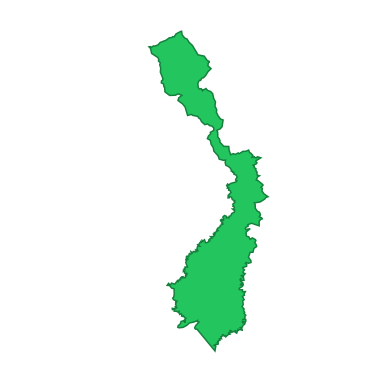 Simacota, Santander, Colombia (Mercator projection), rotated 226°
{"feature_id": "7082276B23546148362682", "entity_name": "Simacota", "entity_type": "district", "adm_level": 2, "iso_a3": "COL", "parent_name": "Colombia", "parent_adm1": "Santander", "projection": "mercator", "projection_center": [-73.674, 6.657], "detail": "fine", "context": "isolated", "style": "filled", "palette": "green", "viewbox_px": 384, "rotation_deg": 226, "n_neighbors": 0, "source": "geoboundaries", "source_scale": "gbopen_adm2", "svg_char_len": 6037}
<svg xmlns="http://www.w3.org/2000/svg" viewBox="0 0 384 384"><g transform="rotate(226 192 192)"><path d="M61.7,98.1L64.7,102.2L66.4,101.4L65.9,103.3L64.4,104.9L65.0,105.9L66.1,105.6L66.7,106.7L66.0,107.2L66.5,108.1L66.0,109.2L67.4,109.8L65.9,111.3L67.8,112.2L67.3,113.4L68.1,114.9L67.4,115.5L65.9,115.0L65.3,116.3L64.3,115.8L64.4,118.6L63.3,120.8L64.5,120.9L65.5,119.9L64.4,122.4L65.7,122.7L65.9,123.4L64.3,123.9L63.4,123.2L61.7,127.6L61.6,125.6L59.4,126.1L61.2,129.7L60.1,129.6L60.2,130.7L57.7,132.1L58.4,132.8L60.9,132.6L59.8,134.4L60.7,136.1L60.3,137.9L60.9,139.1L62.8,137.6L63.8,138.1L63.8,139.0L61.6,139.4L61.7,141.1L63.0,142.1L64.7,140.6L64.5,142.5L65.8,143.7L66.0,145.1L68.6,145.2L68.8,146.3L71.1,146.9L71.6,148.2L74.7,148.3L75.4,150.7L78.6,152.9L78.3,154.7L81.9,155.8L81.3,158.0L82.5,158.6L83.3,161.2L85.2,159.1L86.6,160.4L88.5,158.4L89.3,158.4L89.9,159.0L89.1,162.5L89.6,164.4L90.8,165.1L90.7,163.0L91.5,162.4L92.1,165.2L94.6,165.2L95.8,165.9L95.8,166.9L93.7,166.2L92.3,168.0L94.3,169.4L97.6,169.5L97.1,170.3L95.4,170.2L96.2,171.3L96.3,173.5L98.5,172.7L99.4,173.7L99.5,175.7L101.9,175.6L102.4,176.1L100.6,179.6L101.7,180.9L103.5,180.8L103.7,181.9L101.6,183.0L100.3,185.5L101.7,186.7L105.9,187.3L108.2,192.0L106.3,194.0L108.4,197.3L107.9,200.6L108.9,201.4L112.1,202.1L112.6,204.1L113.6,204.6L117.1,203.5L117.5,201.0L120.5,201.7L121.8,200.7L123.0,200.8L125.6,203.1L125.2,208.4L127.5,204.7L128.6,204.9L129.2,206.2L128.4,208.7L129.7,209.4L128.2,213.1L121.0,216.8L124.1,219.8L124.6,221.9L123.9,223.9L125.1,224.2L127.4,223.1L128.0,225.4L130.5,226.5L132.6,225.7L136.3,226.2L139.0,228.7L140.9,229.2L137.5,234.1L136.4,239.3L136.7,241.4L135.8,243.4L140.8,242.5L144.3,243.1L145.7,245.1L147.5,244.9L147.4,247.5L148.0,248.1L154.9,247.3L155.9,246.5L157.3,249.5L156.8,251.8L158.7,250.7L161.0,252.0L161.0,252.6L163.5,253.0L164.3,254.2L166.4,253.7L167.4,254.8L168.8,254.6L167.5,258.2L168.0,259.1L169.5,259.0L170.0,259.8L168.8,265.2L171.9,263.6L172.0,261.9L173.2,261.1L174.0,261.4L175.2,259.3L176.0,261.2L179.2,261.3L180.2,260.8L182.8,261.9L183.9,259.0L185.9,256.8L186.7,252.6L188.0,252.4L189.0,249.3L190.9,248.3L192.0,245.7L196.5,247.9L199.2,250.1L202.8,246.6L208.7,246.7L209.3,247.7L211.4,248.6L213.6,248.7L217.0,251.9L219.1,252.6L217.8,256.3L218.1,259.0L222.2,264.4L224.6,263.2L228.7,263.7L232.3,264.9L234.1,267.0L237.8,268.1L240.5,271.5L244.2,272.6L248.4,275.2L251.4,275.2L254.2,273.8L256.8,273.9L257.2,271.7L257.9,271.1L257.5,269.9L259.9,270.4L261.0,268.9L262.8,269.1L265.9,271.5L266.9,273.5L267.1,275.1L266.3,275.7L267.1,278.2L266.2,279.6L266.3,282.7L267.4,287.0L267.5,291.4L271.7,291.1L273.5,293.3L273.4,294.6L274.0,295.1L276.1,294.3L281.2,295.2L286.5,291.6L297.1,294.1L301.9,293.9L305.5,294.7L307.9,293.7L312.0,294.1L314.8,296.2L315.3,295.6L316.8,290.4L316.0,286.9L317.2,286.0L317.1,284.9L318.7,282.7L319.2,278.8L321.7,272.9L321.4,269.9L322.7,266.7L323.8,265.8L324.4,263.2L325.6,263.0L326.3,261.9L324.1,261.9L319.7,259.2L312.4,260.9L310.3,260.0L309.4,258.8L307.0,259.0L305.9,257.1L303.0,255.7L300.2,252.5L293.9,249.9L292.9,248.7L293.1,247.3L291.8,245.7L289.6,246.6L287.2,244.9L286.4,245.1L282.8,242.1L277.0,243.0L273.2,247.2L272.1,250.3L268.6,251.9L268.9,247.8L267.6,245.5L261.8,246.4L258.0,246.1L250.1,242.0L248.2,245.5L246.7,245.7L242.3,248.7L240.7,248.2L238.6,248.6L236.0,247.7L231.5,248.0L230.2,250.5L227.5,250.8L225.4,252.2L222.9,252.1L221.2,250.4L222.2,246.6L220.9,245.7L220.9,242.9L219.7,240.1L216.5,241.1L212.9,238.8L209.1,238.1L206.2,236.1L200.0,235.9L196.7,234.4L192.8,236.7L191.7,238.3L189.9,236.1L187.6,234.9L185.2,235.9L182.5,236.1L180.4,235.6L179.8,234.8L179.3,235.3L178.0,234.9L177.5,235.8L176.5,235.5L175.9,234.5L173.3,235.5L171.2,234.8L170.8,232.2L169.9,231.6L168.9,232.0L168.8,230.4L171.4,225.5L171.4,223.5L172.7,223.2L172.1,222.7L172.8,222.4L172.5,221.3L170.9,221.2L170.2,220.1L169.4,221.3L167.8,219.6L166.8,220.4L164.6,219.8L164.5,215.8L162.8,213.8L162.0,214.6L162.5,216.1L161.7,216.5L160.5,216.7L158.5,215.7L156.0,216.7L155.8,215.6L154.9,215.7L154.6,215.0L154.9,212.9L153.9,212.8L153.4,211.5L152.2,212.1L151.3,211.6L151.0,210.0L151.6,209.3L150.3,209.4L149.6,210.3L148.1,208.5L148.9,205.7L148.0,203.2L148.7,202.0L147.7,200.5L148.7,200.4L149.4,198.8L150.6,199.9L152.5,199.1L152.7,197.4L152.4,196.6L150.8,196.4L150.9,195.4L149.9,195.1L150.4,194.1L151.8,194.2L152.0,193.0L150.7,192.5L148.9,192.8L148.9,191.7L147.4,192.1L148.3,189.2L147.5,188.5L148.1,185.2L147.7,184.0L146.1,183.9L146.5,183.0L147.3,183.6L146.4,180.7L147.2,179.9L146.0,179.3L147.0,178.3L146.3,177.8L145.3,178.2L144.9,176.5L147.0,174.4L145.0,174.3L145.9,172.3L144.7,171.0L145.7,170.8L144.7,169.5L145.2,167.6L146.1,166.5L149.0,167.8L149.1,166.1L150.1,165.7L149.1,165.1L150.4,164.0L149.4,163.4L150.1,162.5L149.5,160.9L150.1,159.6L147.6,159.9L149.1,158.4L147.8,156.2L145.9,155.5L147.7,154.5L145.9,153.9L147.0,152.7L146.1,152.6L147.4,152.5L148.3,151.6L147.8,150.2L149.8,149.8L148.1,148.7L148.3,147.5L149.5,147.3L147.9,144.5L149.2,144.1L149.5,143.3L149.0,142.6L146.4,142.5L146.5,141.5L147.8,141.9L147.9,140.8L146.0,139.7L145.7,138.6L141.1,136.5L142.9,134.9L141.6,133.4L142.8,133.6L141.4,132.6L141.8,131.5L140.9,131.3L140.7,130.5L139.8,131.5L138.8,130.4L137.6,130.6L137.3,131.8L136.6,131.8L135.7,130.0L136.5,129.5L135.1,127.8L137.3,125.0L137.5,126.4L138.2,125.5L138.0,123.4L136.9,122.9L137.6,122.0L137.3,120.3L138.0,120.9L138.4,120.3L137.7,115.5L140.7,114.0L140.1,111.8L142.6,111.7L142.1,109.3L140.4,110.9L136.9,110.6L134.9,111.9L130.8,108.2L129.0,105.6L129.1,104.4L127.4,103.9L125.0,104.9L124.0,103.7L123.7,104.8L122.6,102.1L121.0,101.7L121.1,100.0L119.4,100.6L119.8,98.6L122.0,97.0L121.0,96.2L119.7,97.8L118.6,96.4L117.2,97.9L115.5,98.4L115.1,99.8L114.3,98.7L112.5,98.1L112.1,99.6L110.9,99.5L110.0,98.3L108.7,99.0L108.8,99.8L106.3,99.5L105.4,100.0L105.2,97.6L104.1,97.8L103.1,96.7L103.4,96.2L105.3,96.5L106.5,94.2L105.2,91.8L105.5,89.3L104.6,87.8L103.3,88.3L100.8,91.6L99.7,95.7L99.6,99.1L97.0,103.3L95.7,106.7L95.1,105.9L93.6,106.7L93.4,102.2L92.7,100.0L91.9,99.3L90.9,99.3L89.8,100.3L61.7,98.1Z" fill="#22c55e" stroke="#15803d" stroke-width="1.5"/></g></svg>